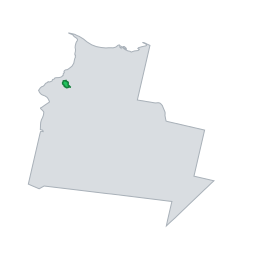 Monguel, Gorgol, Mauritania (highlighted), rotated 103°
{"feature_id": "47542326B31251685847111", "entity_name": "Monguel", "entity_type": "district", "adm_level": 2, "iso_a3": "MRT", "parent_name": "Mauritania", "parent_adm1": "Gorgol", "projection": "mercator", "projection_center": [-12.888, 16.524], "detail": "fine", "context": "in_parent", "style": "filled", "palette": "green", "viewbox_px": 256, "rotation_deg": 103, "n_neighbors": 0, "source": "geoboundaries", "source_scale": "gbopen_adm2", "svg_char_len": 3890}
<svg xmlns="http://www.w3.org/2000/svg" viewBox="0 0 256 256"><g transform="rotate(103 128 128)"><path d="M109.0,222.6L108.7,222.5L107.2,221.4L106.5,220.2L105.3,219.2L103.6,218.6L102.6,217.9L102.1,217.1L101.5,216.5L100.8,216.3L100.8,216.0L100.9,215.6L100.8,214.8L99.8,213.2L98.9,212.4L98.1,212.5L97.7,212.3L97.4,211.9L97.3,211.4L96.8,210.9L95.9,210.7L95.2,209.5L94.6,207.2L93.9,205.5L93.0,204.2L92.4,203.7L91.9,203.7L91.6,203.1L90.9,203.0L90.0,203.3L89.1,203.2L88.7,202.6L88.1,202.5L87.3,203.1L86.5,202.9L85.6,202.1L85.1,201.3L85.0,200.5L83.4,198.9L80.4,196.5L77.1,195.4L73.5,195.5L71.5,195.4L71.0,195.1L70.6,195.1L70.1,195.5L69.7,195.6L69.2,195.4L68.8,195.6L68.7,196.2L67.5,196.5L65.0,196.5L63.1,196.9L61.6,197.6L59.5,197.9L56.8,197.8L55.2,197.5L54.6,197.1L53.9,197.0L52.9,197.2L52.0,198.4L51.2,200.6L50.5,201.8L50.0,202.1L49.4,203.7L49.1,206.3L48.7,207.5L48.7,200.9L49.4,198.4L49.7,196.2L51.3,191.4L53.3,187.4L55.1,182.2L55.8,177.1L55.6,172.1L55.0,167.6L54.1,164.7L53.2,160.4L51.9,158.1L49.5,156.2L49.0,155.0L49.5,154.6L51.0,154.3L51.9,152.7L49.9,153.3L52.2,148.6L52.9,145.4L52.8,143.3L53.3,142.0L51.5,139.1L50.2,135.5L49.5,135.0L48.7,134.7L48.7,135.5L48.3,136.3L47.4,135.8L45.9,133.2L43.8,128.9L43.1,128.5L42.5,129.1L42.1,129.6L41.4,133.2L41.2,131.8L41.5,130.1L42.0,128.1L42.6,125.2L44.4,125.2L47.6,125.2L54.1,125.2L57.4,125.2L63.9,125.2L67.2,125.2L73.7,125.2L76.9,125.2L83.4,125.2L86.7,125.2L93.2,125.2L96.4,125.2L98.6,125.2L98.5,123.1L98.4,121.5L98.2,119.4L98.1,117.2L98.0,115.1L97.8,113.0L97.7,111.0L97.6,109.1L97.5,107.4L97.3,106.4L96.6,104.4L96.5,103.4L96.6,102.4L97.1,101.4L98.4,99.6L100.3,98.3L102.5,96.7L104.2,95.5L105.1,95.2L107.7,94.7L109.8,93.8L111.8,92.9L112.7,92.4L112.8,90.7L112.8,52.9L122.8,52.9L125.5,52.9L144.0,52.9L146.6,52.9L160.1,52.9L160.1,51.1L160.1,48.5L160.1,45.0L160.1,41.4L160.1,35.1L160.1,32.4L162.7,34.2L168.1,37.7L170.7,39.5L176.1,43.0L181.4,46.5L186.7,50.0L189.4,51.8L192.1,53.5L194.8,55.3L197.4,57.0L202.8,60.5L205.0,61.9L208.4,64.3L211.6,66.5L214.8,68.6L209.9,68.7L203.2,68.7L198.7,68.7L194.1,68.7L189.7,68.7L190.1,72.2L190.5,76.1L190.9,80.0L191.3,83.9L191.7,87.7L192.9,99.2L193.3,103.1L193.7,106.9L194.1,110.7L194.5,114.5L195.3,122.1L195.7,125.9L196.1,129.7L196.6,133.5L197.0,137.2L197.4,141.0L198.2,148.5L198.6,152.3L199.0,156.0L199.4,159.7L199.8,163.5L200.2,167.2L200.6,170.9L201.0,174.6L201.8,182.0L202.2,185.7L202.6,189.4L203.0,193.1L203.4,196.7L205.1,198.6L207.2,200.9L206.6,204.2L205.9,208.2L205.1,212.5L199.2,212.5L193.4,212.5L178.9,212.5L176.0,212.5L161.5,212.5L158.6,212.5L153.1,212.5L151.4,212.4L150.8,212.1L150.6,209.8L150.1,210.0L149.5,210.6L149.2,211.4L149.3,212.3L149.2,213.1L147.4,213.4L144.9,213.9L142.2,214.3L139.5,214.2L138.6,214.0L137.7,213.7L135.5,213.4L134.4,213.3L133.1,213.4L131.5,213.6L131.0,214.0L129.8,215.7L128.7,217.6L127.9,217.6L127.1,216.5L124.8,214.5L122.0,211.9L120.7,210.6L120.1,210.4L118.7,211.4L117.6,212.3L116.4,213.6L115.9,214.8L115.4,216.2L115.2,217.9L114.8,219.9L113.8,221.5L112.7,222.7L111.8,223.2L111.5,223.6L109.0,222.6ZM51.0,149.8L50.0,151.3L49.6,150.7L49.5,149.8L50.3,148.4L50.7,147.7L51.4,147.4L51.0,149.8Z" fill="#d9dde1" stroke="#a8b0b8" stroke-width="1"/><path d="M95.7,199.1L96.1,200.2L96.6,201.6L97.7,201.6L98.4,201.9L98.6,201.9L98.8,201.8L99.2,201.7L99.4,201.7L99.7,201.6L100.0,201.1L100.2,200.9L100.2,200.7L100.4,200.6L100.5,200.4L100.6,200.2L100.8,200.0L100.9,199.8L100.9,199.7L101.0,199.6L101.3,199.5L101.5,199.5L101.5,199.4L101.4,199.2L101.5,199.1L101.8,199.0L101.9,198.9L102.0,198.8L102.0,198.7L101.9,198.5L102.1,198.4L102.1,197.9L102.3,197.7L102.6,197.1L102.4,196.7L102.2,196.1L102.2,195.9L102.0,195.7L101.9,195.4L101.4,195.3L101.3,195.2L101.1,195.1L101.2,194.5L101.2,193.6L101.2,192.8L101.1,193.4L100.7,194.0L100.2,194.6L100.2,195.0L99.8,195.7L99.5,196.1L99.3,196.1L97.1,196.5L96.6,197.1L96.5,198.4L96.2,198.5L96.2,199.0L95.7,199.1Z" fill="#22c55e" stroke="#15803d" stroke-width="1.5"/></g></svg>